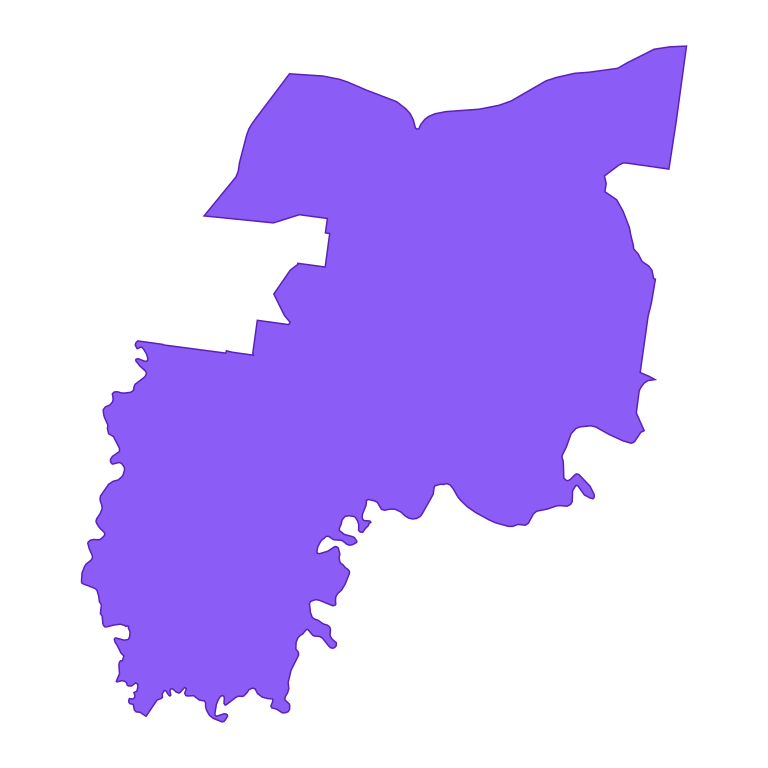 Banyule, Victoria, Australia (Albers equal-area conic projection)
{"feature_id": "25037944B35750934340746", "entity_name": "Banyule", "entity_type": "district", "adm_level": 2, "iso_a3": "AUS", "parent_name": "Australia", "parent_adm1": "Victoria", "projection": "albers", "projection_center": [145.061, -37.734], "detail": "fine", "context": "isolated", "style": "filled", "palette": "violet", "viewbox_px": 768, "rotation_deg": 0, "n_neighbors": 0, "source": "geoboundaries", "source_scale": "gbopen_adm2", "svg_char_len": 6095}
<svg xmlns="http://www.w3.org/2000/svg" viewBox="0 0 768 768"><path d="M644.2,430.7L636.3,412.9L639.2,390.8L641.1,387.1L644.0,383.2L647.9,380.6L655.0,379.6L649.4,376.5L640.2,372.5L648.1,316.2L651.4,303.0L655.4,279.2L653.7,278.6L651.9,270.1L648.6,265.9L642.1,261.5L638.3,254.2L633.6,248.7L633.4,245.6L630.8,235.2L629.5,227.9L623.2,211.5L616.7,199.8L604.9,191.7L606.2,183.7L604.5,175.9L618.7,165.2L623.0,163.0L626.2,163.0L668.9,169.1L676.2,121.5L686.5,46.1L670.2,46.8L654.2,49.2L627.7,62.5L617.7,68.3L588.4,72.3L574.6,73.3L556.2,77.5L545.9,80.9L510.7,101.2L498.6,105.4L479.2,109.2L446.0,111.6L434.8,113.8L428.4,116.6L424.8,119.4L421.0,124.1L418.9,128.6L417.1,129.2L415.4,127.9L413.2,119.6L410.1,113.6L406.1,109.1L396.7,101.7L366.3,90.1L348.0,82.2L339.5,79.3L322.7,76.0L289.5,73.8L256.9,117.0L252.1,123.6L248.9,128.9L246.7,134.9L239.5,162.7L238.2,171.3L236.0,176.9L204.1,215.9L273.3,222.9L299.4,214.7L327.4,218.5L325.4,232.9L329.7,233.5L325.2,267.0L297.8,263.3L297.7,264.5L290.3,270.1L273.8,294.0L284.5,315.6L290.2,322.4L288.5,324.6L257.3,320.3L252.8,353.1L253.4,355.2L232.1,352.2L226.5,350.8L225.6,353.1L163.4,344.9L163.0,344.4L137.7,340.9L135.8,343.0L135.3,345.3L137.0,348.5L138.1,348.5L140.5,347.1L141.7,347.1L143.5,349.0L146.6,354.1L147.7,358.1L147.7,360.1L146.7,361.2L144.6,361.2L138.5,358.8L136.3,359.0L135.9,359.4L135.8,360.8L140.0,366.1L145.5,371.2L146.3,372.6L146.4,373.8L145.0,376.6L143.9,377.6L135.1,384.3L133.9,387.2L133.7,389.6L132.5,391.3L130.1,392.4L123.9,393.1L120.8,392.8L117.7,391.8L115.0,391.8L113.5,392.5L112.3,394.0L112.9,396.7L113.1,399.6L112.6,401.8L109.9,405.0L105.4,406.9L103.2,409.7L103.6,414.1L104.3,416.9L107.9,425.1L107.4,428.6L108.6,433.7L113.5,436.6L119.4,448.2L119.5,451.5L112.4,456.4L110.5,459.3L110.5,461.7L111.7,463.6L112.8,464.1L118.4,462.6L120.4,462.8L122.2,464.2L124.2,467.1L124.6,469.8L123.1,474.8L122.1,476.5L118.3,479.9L113.1,481.3L108.6,484.3L100.5,496.0L100.1,498.3L100.2,500.6L101.7,505.0L102.2,508.5L100.1,513.7L96.6,518.9L96.0,521.5L96.7,523.4L99.2,527.4L104.0,532.2L104.6,533.1L104.6,535.3L101.6,538.4L99.3,539.8L93.6,539.5L90.2,540.3L88.2,542.0L87.8,543.5L89.4,549.2L92.2,555.2L92.5,558.0L91.0,560.2L86.2,564.0L84.6,566.4L82.0,573.0L81.5,581.7L81.8,582.9L82.6,583.6L95.1,588.5L96.9,590.2L98.7,596.1L99.4,601.7L101.4,604.8L100.4,613.6L102.2,616.1L102.8,623.4L103.5,625.3L104.7,626.8L106.5,626.9L114.7,624.9L120.3,624.2L124.4,625.3L125.9,626.5L127.4,625.8L128.5,626.5L128.4,628.2L129.9,631.4L130.0,633.3L129.6,636.7L128.4,639.4L124.5,640.2L115.7,637.9L114.7,638.5L114.3,639.7L115.3,642.5L117.2,645.4L120.9,652.9L123.9,655.9L122.4,660.8L120.5,660.8L119.4,662.3L118.9,665.4L119.5,673.8L116.3,681.3L117.1,681.9L121.9,680.7L124.6,681.2L126.5,682.6L127.3,685.3L128.7,686.0L131.6,686.0L135.4,683.0L137.7,684.0L137.7,687.6L136.8,691.2L133.9,692.6L134.9,695.5L134.7,697.4L132.7,699.1L129.4,698.5L128.7,700.6L128.7,701.8L129.8,703.6L133.3,704.5L134.3,709.8L136.1,711.9L140.1,712.3L146.1,716.3L157.0,700.1L161.0,698.6L162.5,697.5L162.2,693.8L164.4,690.4L166.0,691.0L168.6,695.0L169.8,696.0L170.8,695.2L169.9,690.6L170.9,688.8L172.8,689.0L176.1,692.0L178.9,693.1L180.1,692.4L184.6,687.5L186.3,688.6L184.7,693.2L185.8,695.6L187.8,696.0L193.7,695.7L199.3,700.1L204.7,701.0L205.7,703.4L205.5,705.9L206.3,709.5L208.7,714.2L210.0,715.8L213.1,718.3L222.0,721.9L224.0,721.5L225.4,719.8L227.5,716.3L227.2,714.7L226.1,714.0L224.0,713.8L216.4,716.3L215.0,714.9L214.9,713.8L216.4,704.2L218.5,699.4L220.4,696.4L222.4,695.6L223.8,696.2L224.3,697.9L224.0,703.4L224.9,704.9L225.9,705.0L236.1,697.2L238.4,696.2L242.4,696.4L244.1,695.8L247.4,692.2L248.8,689.8L252.3,688.1L255.0,688.8L257.6,693.6L262.2,697.1L267.8,698.6L272.5,698.9L272.9,700.9L270.9,706.1L271.8,707.8L276.7,709.2L282.4,712.9L285.2,712.8L288.1,711.7L289.6,709.3L289.7,705.6L289.3,703.9L285.0,700.0L284.9,698.2L285.6,696.1L287.5,693.1L288.8,688.8L288.2,682.3L291.0,670.4L298.6,655.1L298.4,652.2L295.8,649.1L296.1,642.5L297.6,638.3L300.2,635.4L302.9,633.8L305.7,630.2L306.5,629.6L308.0,629.6L312.8,635.4L314.3,636.0L319.6,636.5L322.5,638.1L328.6,645.9L330.6,647.8L332.8,648.2L334.3,647.8L336.0,646.1L336.4,644.9L336.3,642.7L332.2,639.2L330.4,636.4L330.0,635.0L330.5,629.5L329.7,627.0L327.3,625.1L323.2,623.9L317.8,620.1L314.4,619.0L312.2,617.3L310.5,612.7L309.5,603.7L310.1,602.2L311.2,601.1L315.8,599.6L319.4,600.3L332.9,605.8L335.2,605.1L335.8,604.2L335.5,601.1L335.7,597.4L336.6,595.3L337.7,593.6L341.7,589.9L345.2,584.0L349.4,573.5L349.5,571.5L348.0,569.5L345.3,567.6L343.1,564.9L340.2,562.7L339.0,557.8L339.9,554.1L338.2,547.9L337.2,547.0L335.0,546.5L327.8,551.2L319.5,553.7L317.3,553.2L316.9,551.7L317.8,546.7L320.4,541.9L322.5,539.3L324.1,538.4L325.8,536.5L328.5,536.3L333.6,539.7L342.0,540.4L347.0,544.4L349.7,545.2L352.7,544.6L356.7,542.4L356.7,540.9L354.4,537.6L352.7,536.7L344.3,534.4L339.3,530.4L339.5,527.9L341.1,524.3L342.1,520.0L345.0,516.4L348.9,515.7L354.0,516.5L355.3,517.3L357.6,520.9L358.7,524.7L358.6,530.4L360.2,532.0L362.7,532.3L365.3,528.6L368.4,525.6L369.0,523.4L370.8,522.5L370.2,521.2L369.1,520.9L364.0,520.6L362.5,518.8L362.1,517.1L362.7,513.5L366.0,505.4L366.6,500.1L368.4,499.5L374.3,500.8L377.3,502.3L381.5,509.4L384.6,510.2L390.3,509.1L395.0,509.2L400.9,512.0L405.0,515.8L408.3,517.9L412.3,519.0L416.5,518.5L420.4,516.3L422.1,514.0L430.5,499.1L433.2,494.2L434.1,487.5L434.8,485.9L440.1,484.3L443.5,484.4L446.8,483.6L450.1,484.9L453.1,488.6L457.8,496.8L460.6,500.3L467.4,506.8L475.6,512.5L488.9,519.8L495.5,522.8L508.5,526.4L512.7,526.4L518.0,524.4L525.3,525.2L528.4,523.2L533.4,513.9L536.7,511.2L547.2,509.1L556.6,505.9L560.0,505.6L567.0,506.2L569.8,504.9L571.0,503.9L572.2,501.6L572.6,490.7L576.0,485.3L577.9,485.9L584.3,494.9L589.9,497.9L592.2,498.6L593.1,498.7L594.0,497.7L594.3,495.6L593.9,493.9L590.1,486.3L578.9,474.5L576.6,473.9L575.2,474.5L570.4,479.4L567.8,480.8L565.9,480.1L563.8,478.1L563.4,464.3L563.0,460.1L562.1,458.3L562.0,457.0L562.4,455.0L566.5,446.7L571.1,433.7L576.0,428.4L580.0,426.9L590.6,425.8L593.7,426.4L596.6,427.4L608.6,434.2L623.1,440.9L631.0,443.2L633.4,442.5L634.9,441.2L640.8,432.3L644.2,430.7Z" fill="#8b5cf6" stroke="#5b21b6" stroke-width="1.5"/></svg>